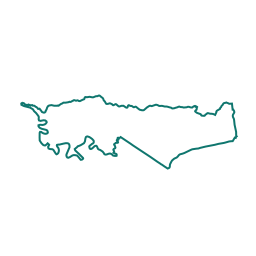 The Hills, New South Wales, Australia (Equal Earth projection), rotated 277°
{"feature_id": "25037944B61801605957585", "entity_name": "The Hills", "entity_type": "district", "adm_level": 2, "iso_a3": "AUS", "parent_name": "Australia", "parent_adm1": "New South Wales", "projection": "equal_earth", "projection_center": [150.977, -33.576], "detail": "fine", "context": "isolated", "style": "outline", "palette": "teal", "viewbox_px": 256, "rotation_deg": 277, "n_neighbors": 0, "source": "geoboundaries", "source_scale": "gbopen_adm2", "svg_char_len": 5819}
<svg xmlns="http://www.w3.org/2000/svg" viewBox="0 0 256 256"><g transform="rotate(277 128 128)"><path d="M127.7,233.5L131.5,235.2L131.3,236.1L132.4,236.3L133.0,236.9L133.6,236.3L137.3,235.8L144.2,233.4L149.0,232.3L150.1,231.9L151.8,230.8L152.5,230.6L153.3,230.5L154.0,230.6L156.1,231.5L156.7,231.6L157.3,231.4L158.0,231.1L158.9,230.3L159.1,230.2L159.0,229.6L164.9,228.2L164.7,227.2L164.4,225.8L164.4,225.5L164.5,225.1L164.9,224.1L165.1,223.0L165.3,222.4L164.9,221.8L164.6,220.7L164.4,220.3L164.1,219.9L163.7,219.6L162.4,219.1L161.4,218.2L160.0,217.8L159.4,217.2L159.2,217.1L158.2,217.0L156.5,214.8L155.8,214.0L155.1,213.7L154.4,213.8L151.6,212.9L152.1,211.5L152.3,210.6L152.3,208.8L152.2,207.7L152.5,205.7L152.5,205.4L152.3,204.9L151.4,204.2L150.8,203.3L149.7,202.7L149.4,202.3L149.3,201.6L149.3,200.0L149.3,199.5L149.6,199.1L150.3,198.7L150.6,198.3L151.4,194.7L152.1,193.4L152.5,192.8L152.8,192.6L153.2,192.7L153.7,193.0L154.4,193.7L154.6,193.8L157.2,193.9L157.2,193.7L157.3,193.8L157.6,193.4L157.9,192.5L158.1,191.8L157.9,191.4L157.5,190.6L157.0,190.0L156.3,189.4L156.1,189.1L156.1,187.5L156.4,186.1L156.4,185.0L155.7,183.6L155.1,180.8L155.2,180.2L155.3,179.2L155.2,177.7L155.5,176.2L155.2,175.5L154.4,174.1L153.8,172.6L153.2,171.4L152.8,169.6L152.9,169.2L153.4,168.3L153.6,166.6L153.9,164.9L154.0,163.8L153.8,161.7L154.1,159.4L154.1,158.9L153.7,156.5L153.8,155.9L154.3,154.7L154.5,153.6L154.5,152.8L152.7,149.1L152.6,148.7L152.8,147.4L152.6,146.6L150.8,144.4L147.8,141.7L147.5,141.1L147.3,139.8L147.6,137.3L148.9,135.1L149.7,133.9L150.0,133.4L150.1,133.0L150.0,132.6L149.5,131.8L149.3,131.2L149.5,130.6L150.2,129.3L150.3,128.8L150.2,128.0L150.2,127.6L150.7,126.2L150.7,125.9L150.4,125.5L150.0,125.3L148.5,125.0L148.2,124.8L148.0,124.2L148.1,123.5L149.4,121.0L149.5,120.6L149.2,118.7L148.4,117.1L148.3,116.6L148.3,116.3L148.8,115.3L150.0,113.6L150.2,113.0L150.1,112.6L148.9,110.9L148.8,110.5L149.0,110.0L149.7,109.2L150.3,107.2L150.3,106.9L149.5,105.1L149.3,104.1L149.3,103.8L149.4,103.4L149.7,103.1L151.6,101.7L152.4,100.6L154.0,99.8L154.7,99.2L155.4,97.9L156.4,96.4L156.7,95.8L156.7,95.5L156.6,94.9L155.9,93.9L155.6,92.2L154.3,89.9L154.2,89.4L154.1,88.8L154.3,86.1L153.6,83.7L153.5,83.3L153.6,82.4L153.5,81.9L153.3,81.6L152.9,81.3L151.7,81.2L151.2,80.9L150.5,79.5L148.9,77.1L148.8,76.7L148.8,76.0L149.2,75.0L149.3,74.5L149.2,74.1L148.8,73.3L148.8,72.9L148.8,72.6L149.1,71.6L149.0,70.9L148.8,70.5L148.4,70.2L148.1,69.5L147.3,68.6L146.8,67.5L146.8,67.2L146.9,66.7L146.3,65.6L145.9,64.2L145.5,62.8L145.3,60.8L144.3,59.7L143.8,58.7L142.4,57.1L141.8,56.6L141.7,56.4L141.8,56.0L141.6,55.9L141.6,55.5L141.4,54.6L141.1,52.0L141.4,49.3L140.7,46.9L140.1,46.3L139.8,45.8L139.5,45.7L138.2,45.2L136.5,44.9L135.0,44.2L134.2,44.2L133.3,43.5L133.1,43.1L133.0,42.2L133.4,40.7L133.7,40.4L134.8,39.5L135.5,38.6L136.3,38.0L136.4,37.6L136.0,36.8L136.0,36.4L136.7,35.8L137.6,34.6L137.7,34.3L137.8,33.6L138.4,32.9L138.7,32.2L138.7,31.9L138.5,31.0L138.6,30.7L139.0,30.3L139.1,30.0L138.8,29.4L138.4,28.5L138.5,28.3L139.0,27.7L138.9,27.1L138.6,26.8L139.1,26.3L138.6,25.4L138.6,24.4L138.4,24.3L138.0,24.5L138.6,23.7L138.7,23.2L140.0,21.4L139.6,20.4L140.0,19.9L139.3,19.1L138.0,19.4L137.1,22.1L136.3,28.3L135.0,31.3L133.2,32.8L131.7,34.9L129.9,36.7L128.6,37.9L127.4,38.2L126.0,38.2L124.7,38.7L124.4,40.4L124.9,41.7L125.4,43.3L125.4,45.0L124.6,46.3L123.7,46.6L122.5,46.0L121.4,44.9L120.6,43.0L120.5,40.3L119.8,38.8L118.7,39.0L117.5,40.2L116.7,42.4L116.2,46.8L115.7,48.1L114.7,48.7L113.6,49.0L112.9,48.6L112.2,47.2L112.2,45.5L112.7,43.7L113.5,42.4L113.4,41.2L112.5,40.9L107.9,41.4L104.8,41.9L102.4,43.9L100.7,46.1L100.5,47.8L101.5,49.0L103.0,50.1L102.5,50.9L101.7,51.8L100.5,51.4L99.5,51.0L98.0,51.6L97.6,52.9L97.7,55.6L97.2,56.6L93.8,59.4L93.2,60.2L93.6,61.0L94.6,61.8L95.9,62.1L96.9,62.2L98.4,61.9L99.8,61.2L100.7,60.2L101.8,59.5L102.6,59.6L103.0,60.7L103.2,62.0L104.6,65.8L105.3,67.9L105.5,69.5L105.3,70.8L104.6,71.6L103.3,72.1L101.7,72.3L100.0,71.8L94.8,70.3L93.6,70.1L92.1,70.6L91.3,71.4L91.2,72.4L92.0,73.8L93.9,76.1L94.4,77.1L94.6,78.8L94.5,80.7L93.5,82.0L90.7,84.9L90.8,85.6L91.1,86.3L91.6,86.8L92.2,87.2L92.8,87.0L93.5,86.1L94.9,84.3L96.1,82.8L99.2,78.5L99.9,78.0L100.6,77.7L101.7,78.7L102.5,79.5L103.1,80.0L103.7,80.3L104.2,81.4L105.1,83.0L107.5,86.1L108.4,86.5L109.5,86.9L112.3,87.0L113.8,87.3L114.4,87.9L114.7,88.8L114.3,90.8L113.5,92.4L112.7,93.8L111.3,95.4L110.2,95.7L109.3,95.7L108.5,95.2L107.8,94.2L105.5,92.0L104.7,91.8L103.1,92.5L102.7,93.0L102.6,93.7L103.1,94.6L104.0,95.5L105.7,96.9L106.2,97.5L106.5,98.6L106.0,99.4L104.2,100.4L103.5,100.9L103.0,102.0L102.8,103.1L101.5,105.7L100.0,107.2L99.2,107.7L98.9,108.5L98.9,109.3L99.3,110.4L100.0,111.7L100.4,112.9L100.4,113.9L100.0,115.0L98.8,116.6L98.7,118.6L99.0,120.0L99.9,120.1L100.7,119.7L101.0,118.9L101.4,117.2L101.7,116.6L102.7,117.0L103.1,117.1L103.3,117.0L104.4,116.2L104.9,116.1L105.2,116.3L105.6,116.6L106.4,117.7L106.6,117.8L107.0,117.9L108.5,117.3L109.7,116.3L110.1,116.2L110.5,116.4L111.1,117.2L111.7,117.6L111.9,118.2L112.0,119.3L112.1,119.5L112.3,119.8L112.6,119.9L112.9,119.8L113.8,118.7L114.2,118.4L114.7,118.4L115.0,118.6L115.0,118.8L115.0,119.5L115.1,119.8L115.4,120.0L115.7,120.0L115.9,119.8L116.0,119.1L116.2,118.9L116.7,118.9L117.0,119.0L117.1,119.4L117.2,119.9L117.1,120.7L117.2,121.0L117.5,121.4L118.1,121.8L112.7,132.5L111.3,135.1L101.9,154.0L99.7,158.2L98.0,161.4L96.7,164.1L96.1,165.1L95.7,166.2L94.1,169.2L94.0,169.5L92.7,172.1L92.6,172.3L93.2,173.4L93.8,174.0L94.6,174.2L96.6,174.1L97.2,174.2L99.8,175.1L101.1,175.7L102.9,177.3L103.4,177.9L104.3,179.4L104.7,180.0L105.8,180.9L107.3,181.8L108.2,182.8L109.2,185.3L110.0,186.9L114.1,193.3L114.7,194.4L115.8,198.3L116.1,199.8L116.3,200.5L117.0,201.9L119.0,207.2L121.9,216.2L123.3,219.8L124.8,224.8L125.5,226.6L127.0,230.1L127.5,232.2L127.7,233.5Z" fill="none" stroke="#0f766e" stroke-width="2"/></g></svg>